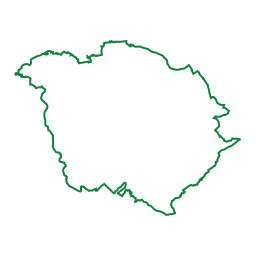 Pausesti, Vâlcea, Romania
{"feature_id": "2599482B2122771532441", "entity_name": "Pausesti", "entity_type": "district", "adm_level": 2, "iso_a3": "ROU", "parent_name": "Romania", "parent_adm1": "Vâlcea", "projection": "natural_earth1", "projection_center": [24.126, 45.067], "detail": "fine", "context": "isolated", "style": "outline", "palette": "green", "viewbox_px": 256, "rotation_deg": 0, "n_neighbors": 0, "source": "geoboundaries", "source_scale": "gbopen_adm2", "svg_char_len": 5652}
<svg xmlns="http://www.w3.org/2000/svg" viewBox="0 0 256 256"><path d="M240.6,139.5L238.3,138.9L236.0,138.6L234.1,138.9L232.3,138.5L231.9,139.5L230.9,140.7L229.1,140.7L227.4,141.6L224.9,141.2L224.0,140.5L224.1,139.5L222.6,138.4L220.5,136.2L219.8,136.7L217.5,132.4L215.1,130.4L215.2,130.1L219.2,126.2L218.6,122.2L217.7,120.3L216.4,118.8L213.9,118.1L215.2,116.5L215.9,116.7L219.9,116.7L223.4,115.1L225.7,114.8L228.0,113.3L228.8,110.8L224.5,107.5L223.2,107.5L224.1,105.0L222.2,105.0L219.8,104.6L217.0,102.6L216.0,99.6L214.5,97.7L213.5,97.0L212.3,97.2L210.9,98.1L209.3,92.2L209.1,89.9L208.1,87.2L207.9,85.3L207.5,84.5L206.8,84.2L206.7,83.5L204.5,80.5L204.3,79.6L203.3,79.2L203.3,78.2L201.8,76.9L201.2,76.0L199.9,74.9L199.4,74.0L199.4,73.5L198.9,72.4L197.5,71.2L193.3,73.8L191.6,69.9L191.9,69.8L190.6,67.5L188.8,65.1L184.8,68.3L183.0,68.8L180.5,68.9L179.6,69.5L177.4,69.8L175.1,69.6L170.2,68.1L169.8,67.7L168.3,64.9L167.4,64.2L167.4,62.3L166.8,60.9L166.8,59.8L164.3,57.7L162.7,55.7L155.7,52.6L153.6,52.3L150.7,51.1L147.6,48.8L146.2,48.7L141.5,47.2L140.4,46.6L138.6,46.7L137.9,46.5L135.9,46.8L133.2,45.9L133.2,45.2L130.8,44.5L130.7,46.3L129.6,46.1L129.6,45.2L128.6,44.9L126.6,43.8L126.4,43.3L126.4,41.1L120.4,41.8L117.2,41.7L114.4,42.2L114.5,41.8L111.5,42.2L111.5,41.2L110.0,41.4L110.0,41.8L109.7,41.9L109.8,42.4L104.3,42.8L103.9,43.3L104.1,44.6L103.4,46.3L101.5,46.4L102.1,47.4L102.1,47.8L101.4,50.8L101.8,54.8L99.2,55.4L96.7,55.7L96.7,56.0L96.0,56.0L96.0,55.5L93.3,55.7L93.4,55.0L92.6,54.8L91.9,55.4L90.8,55.9L89.9,57.0L89.3,57.3L88.4,57.0L87.4,56.2L87.4,57.7L89.1,58.3L89.8,58.8L90.3,58.7L90.8,60.6L90.7,60.7L90.8,61.9L88.8,62.4L88.6,61.5L79.0,63.2L79.0,62.3L77.7,61.4L78.1,60.2L78.0,59.3L76.8,59.1L76.6,58.4L75.5,57.5L75.5,57.0L73.5,56.2L72.9,55.6L72.9,55.3L71.9,54.7L71.1,55.0L71.4,54.5L71.3,54.1L68.6,53.1L68.0,52.2L67.6,52.3L67.3,53.1L67.0,53.2L64.7,52.0L63.4,52.0L62.6,52.6L62.4,53.2L61.5,53.4L61.3,54.7L60.7,54.8L59.4,54.1L57.9,54.1L57.6,53.1L57.2,52.9L57.0,53.0L57.1,53.5L56.9,53.7L56.2,53.7L55.2,53.3L53.4,53.8L52.9,53.6L53.0,52.9L52.4,52.5L52.6,52.0L51.8,52.0L50.9,52.4L50.8,51.4L50.5,51.2L48.5,51.1L47.6,51.8L47.1,51.5L45.6,52.5L47.8,53.8L47.5,54.4L45.7,54.4L43.0,53.8L40.0,55.5L37.5,56.1L32.1,58.7L30.8,60.0L31.0,63.3L30.7,64.0L29.7,65.0L29.3,65.1L28.3,64.4L27.2,64.1L25.3,64.2L23.4,64.8L21.8,66.2L21.6,66.6L21.6,68.0L21.0,68.3L20.0,69.5L18.6,70.0L18.4,70.5L18.5,71.9L18.3,72.5L17.7,73.0L15.8,73.2L15.4,73.8L15.6,74.8L15.8,74.8L16.4,73.8L16.6,73.7L17.9,74.6L19.0,73.8L20.0,74.4L20.9,74.5L20.0,75.1L21.9,75.7L21.1,76.5L21.3,76.9L25.2,77.2L26.3,77.0L26.3,76.6L26.9,76.6L28.8,77.4L30.0,78.0L30.6,78.7L30.2,80.3L30.3,84.6L30.8,84.4L31.8,84.5L32.6,85.2L33.3,85.4L34.0,86.1L34.3,86.0L35.3,87.0L35.8,88.1L38.8,87.3L39.8,87.2L40.7,87.5L41.8,86.4L42.9,87.8L45.2,89.7L45.1,91.0L44.6,91.9L42.9,93.1L42.3,93.8L41.1,97.8L41.3,98.8L41.7,99.7L42.3,99.9L42.7,100.9L43.8,101.5L44.6,102.6L45.7,103.3L46.7,104.4L47.4,105.9L47.4,107.5L47.2,108.3L46.3,109.3L45.8,110.5L44.8,111.5L44.5,112.5L44.3,114.6L44.5,117.0L45.4,120.7L45.3,123.7L45.4,125.1L45.7,125.6L47.7,126.4L48.3,129.3L48.2,129.8L49.8,130.9L51.7,133.9L53.0,135.5L52.8,137.2L53.1,142.6L52.7,146.4L54.2,149.7L55.7,151.8L57.5,152.5L59.6,152.7L60.3,154.4L61.0,154.6L60.8,155.8L61.0,157.6L60.0,158.4L59.5,159.2L59.4,159.9L59.6,161.2L59.9,161.6L60.6,161.9L64.4,162.7L64.7,164.0L65.2,164.5L65.7,165.5L65.7,166.3L64.2,167.6L63.3,169.1L63.2,171.4L64.2,174.9L64.7,175.4L66.0,176.0L66.9,177.0L66.9,177.6L66.0,178.7L66.5,179.8L66.3,181.0L66.7,181.7L67.1,183.3L69.5,186.3L71.1,186.8L76.9,190.2L79.2,191.2L80.5,191.5L81.1,190.7L81.2,189.6L81.0,189.1L80.9,186.7L81.9,186.3L82.5,186.7L83.8,186.8L86.2,189.0L88.8,190.8L90.7,190.4L92.3,190.6L93.7,189.7L96.0,188.7L96.3,189.6L95.9,190.6L96.8,190.8L99.7,187.6L102.1,185.4L103.8,184.3L104.2,183.9L113.8,193.3L114.9,192.7L115.2,191.4L117.0,190.4L118.6,187.9L120.7,187.1L121.0,186.8L121.6,186.0L121.6,185.6L122.8,184.7L123.3,183.7L124.3,182.8L125.4,183.0L125.8,184.3L125.1,187.6L122.1,189.6L117.8,193.2L122.2,196.2L123.3,194.0L124.7,192.9L124.9,191.4L125.7,190.2L126.5,189.9L127.1,190.7L128.0,190.8L128.5,190.1L129.6,190.2L129.9,190.4L130.1,191.4L129.8,192.8L130.1,193.3L130.2,193.8L130.8,193.9L131.0,192.2L131.6,192.4L131.6,193.2L131.0,194.5L131.3,194.9L131.2,196.2L133.1,196.0L133.4,196.6L134.5,197.6L135.6,197.9L135.7,199.8L136.0,200.3L134.9,201.9L135.0,202.1L135.9,201.7L137.9,200.0L139.9,200.6L141.4,199.6L141.8,199.6L143.9,201.9L146.4,202.5L147.7,203.7L148.1,205.1L150.7,205.8L155.0,209.9L156.5,210.7L160.7,211.6L163.4,212.8L166.2,214.9L174.1,213.7L174.9,213.3L175.1,212.9L174.9,212.5L174.4,211.9L173.9,209.6L173.5,208.8L171.8,207.2L171.6,206.0L170.9,204.6L170.8,204.3L171.4,203.5L171.7,202.0L172.1,201.2L172.0,200.9L173.6,200.2L173.9,199.5L175.4,198.3L176.3,197.9L177.6,198.0L179.9,197.2L180.2,196.7L180.1,195.7L181.0,195.4L180.8,194.9L181.7,193.2L182.5,193.4L182.9,193.2L183.4,193.4L184.7,192.0L182.9,190.3L188.1,186.6L190.8,185.0L191.6,185.1L192.4,185.6L193.4,185.7L194.2,184.9L195.5,185.1L196.0,184.7L197.0,184.8L197.4,184.5L197.4,183.2L198.7,182.4L199.0,181.4L199.6,181.0L199.5,180.2L199.9,179.9L200.9,180.0L200.8,179.2L202.0,179.3L202.1,178.7L201.9,178.0L203.5,177.3L203.7,176.5L204.7,175.7L204.6,174.8L205.7,173.9L206.1,172.9L207.7,172.5L208.7,171.8L208.7,171.3L208.3,170.8L208.3,170.1L213.1,167.0L213.8,166.2L215.0,165.7L215.3,165.3L215.9,163.2L215.6,162.3L215.9,161.9L217.1,161.7L217.6,160.5L217.4,159.3L217.8,158.8L218.4,157.1L219.2,156.5L219.4,154.8L218.4,153.1L218.7,152.5L219.8,151.9L220.5,151.0L222.3,150.1L225.0,149.1L227.0,147.7L229.0,146.7L231.2,146.0L236.1,142.3L238.1,140.3L238.9,139.8L240.6,139.5Z" fill="none" stroke="#15803d" stroke-width="2"/></svg>